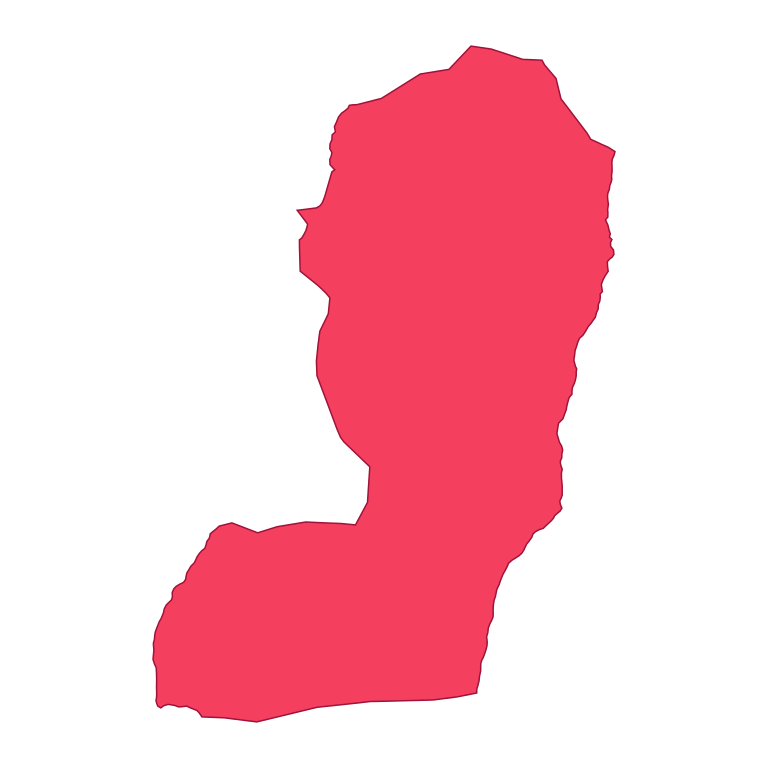 Brejo do Piauí, Piauí, Brazil
{"feature_id": "56859067B37698390775933", "entity_name": "Brejo do Piauí", "entity_type": "district", "adm_level": 2, "iso_a3": "BRA", "parent_name": "Brazil", "parent_adm1": "Piauí", "projection": "mercator", "projection_center": [-42.787, -8.365], "detail": "fine", "context": "isolated", "style": "filled", "palette": "rose", "viewbox_px": 768, "rotation_deg": 0, "n_neighbors": 0, "source": "geoboundaries", "source_scale": "gbopen_adm2", "svg_char_len": 3804}
<svg xmlns="http://www.w3.org/2000/svg" viewBox="0 0 768 768"><path d="M491.4,49.1L471.0,46.1L448.9,69.4L420.3,74.0L381.4,98.4L357.2,104.6L352.2,104.9L349.4,105.3L347.9,108.3L344.4,111.2L341.5,113.2L338.5,117.0L336.6,121.8L334.4,126.7L335.4,131.9L332.1,134.9L331.9,139.6L330.0,144.0L329.8,148.7L331.9,152.5L331.2,156.1L329.8,159.5L330.0,164.6L332.8,167.8L334.8,169.8L331.9,171.8L324.8,196.4L323.2,200.6L321.9,203.4L319.7,206.1L316.3,207.9L305.6,209.3L297.2,210.3L307.6,224.1L307.0,226.9L305.9,230.6L303.8,234.6L301.7,238.1L299.4,239.8L299.5,248.1L300.2,271.2L318.1,285.6L325.9,293.0L329.9,297.9L328.3,313.7L326.4,317.8L319.9,331.1L319.1,336.5L318.7,340.2L318.1,344.4L316.4,361.2L317.0,375.8L318.6,380.0L324.3,395.1L329.8,409.8L334.9,423.4L337.0,429.1L340.5,437.3L343.9,441.9L369.8,466.8L367.5,502.4L355.5,524.9L340.9,523.5L325.1,522.9L305.7,522.0L277.2,526.7L257.7,532.8L231.9,522.9L219.2,526.1L216.0,529.1L212.7,531.7L210.3,533.7L209.4,538.0L206.9,541.4L206.0,545.0L204.8,548.4L202.0,550.5L199.3,553.5L197.0,557.0L195.7,560.0L194.3,562.8L190.8,566.3L188.5,570.3L186.8,573.1L186.1,576.4L185.6,579.4L183.6,582.3L179.5,584.3L176.0,586.5L173.8,588.9L172.2,592.5L172.4,596.5L171.7,599.6L169.4,601.9L166.4,604.8L164.3,608.8L163.4,612.9L161.3,618.2L159.2,621.8L158.0,624.9L156.8,627.9L155.3,632.0L154.7,635.7L154.4,639.5L153.4,643.2L153.5,646.2L153.9,649.7L153.5,654.1L153.0,659.4L154.5,664.0L156.2,667.8L156.5,673.1L156.6,677.7L156.6,682.9L156.5,687.3L156.6,690.6L156.7,694.5L156.5,697.6L156.0,700.6L156.7,703.4L157.8,706.1L160.8,707.9L163.7,705.7L168.1,704.4L171.8,704.9L175.2,705.6L178.7,706.9L182.1,706.7L186.7,706.1L190.8,708.1L193.5,709.1L196.8,710.4L199.3,713.0L201.9,716.9L224.4,717.8L231.2,718.7L256.8,721.9L317.0,707.3L359.3,702.8L370.1,701.5L376.9,701.4L429.0,700.1L433.8,699.9L457.6,696.8L476.7,693.0L476.8,688.9L478.0,685.2L479.0,681.0L479.5,676.3L480.7,670.8L480.7,666.2L480.8,663.4L481.8,660.2L483.4,657.1L484.8,653.3L486.0,649.6L486.9,646.2L487.2,643.0L487.0,639.8L486.6,636.8L487.8,632.7L488.3,628.1L489.7,624.2L491.5,620.7L493.0,617.1L493.2,614.0L493.1,609.2L493.4,605.0L494.0,600.7L495.5,596.1L496.2,592.5L496.9,589.2L499.0,584.9L500.7,579.9L503.0,574.3L505.3,570.2L506.9,567.2L508.5,563.3L512.0,560.2L516.2,557.6L519.1,555.7L521.9,553.1L524.1,549.6L525.2,547.1L526.7,544.0L529.0,541.2L531.7,537.4L533.0,534.0L535.4,531.7L539.4,529.6L543.3,528.3L545.5,526.1L548.7,523.2L551.4,520.6L553.5,518.2L554.7,515.6L557.7,513.0L560.1,511.1L561.9,508.1L560.3,504.3L559.8,500.9L561.2,498.1L562.2,495.1L562.2,489.9L562.2,485.8L561.9,482.6L561.5,478.7L561.4,473.2L562.2,469.2L561.2,466.5L560.4,463.6L560.4,460.9L561.8,457.7L561.8,454.2L562.7,450.1L561.6,446.0L559.4,442.2L558.6,439.4L557.7,436.4L556.9,433.5L557.4,430.3L558.0,426.3L558.6,423.2L560.8,420.9L562.9,418.8L564.8,413.5L566.3,409.5L566.8,406.2L567.8,402.1L569.2,397.5L571.9,394.3L572.0,390.5L572.6,387.0L574.4,383.3L575.5,379.6L576.2,375.8L576.2,371.9L576.7,369.0L575.4,366.2L573.8,360.1L574.5,356.1L575.1,350.5L576.4,346.9L577.7,342.4L579.5,338.3L582.8,335.4L585.7,331.1L588.2,326.6L591.2,323.1L592.9,320.6L595.3,317.3L596.5,312.7L598.2,308.8L598.3,304.6L599.8,301.1L600.3,297.1L600.1,294.1L602.4,291.6L601.3,284.5L603.1,279.7L605.4,275.4L608.2,271.3L607.6,267.0L607.3,261.7L609.9,258.8L612.3,257.0L613.9,254.4L613.5,250.0L610.7,246.4L610.5,242.6L611.9,239.5L609.4,237.1L610.3,233.9L609.0,229.9L607.9,225.1L606.6,222.3L605.5,219.7L607.8,217.2L607.9,212.3L607.6,209.6L608.4,204.3L607.8,200.2L607.5,196.1L607.9,193.0L609.3,189.6L609.9,185.1L611.0,182.6L611.8,179.4L611.5,175.9L612.1,171.3L612.0,166.3L611.9,162.1L612.4,158.8L614.0,155.4L615.0,151.6L608.5,147.4L601.3,144.2L590.7,139.3L587.1,133.2L566.7,106.3L561.0,98.9L556.0,78.4L544.6,65.0L542.0,60.2L531.4,59.7L522.8,59.4L491.4,49.1Z" fill="#f43f5e" stroke="#9f1239" stroke-width="1.5"/></svg>